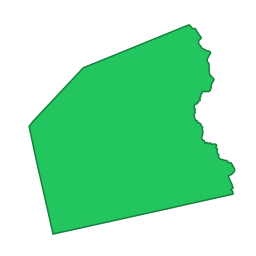 Pailin, Krong Pailin, Cambodia, rotated 168°
{"feature_id": "14789045B44552774517246", "entity_name": "Pailin", "entity_type": "district", "adm_level": 2, "iso_a3": "KHM", "parent_name": "Cambodia", "parent_adm1": "Krong Pailin", "projection": "albers", "projection_center": [102.523, 12.778], "detail": "fine", "context": "isolated", "style": "filled", "palette": "green", "viewbox_px": 256, "rotation_deg": 168, "n_neighbors": 0, "source": "geoboundaries", "source_scale": "gbopen_adm2", "svg_char_len": 3713}
<svg xmlns="http://www.w3.org/2000/svg" viewBox="0 0 256 256"><g transform="rotate(168 128 128)"><path d="M223.4,39.8L219.3,39.9L98.0,40.9L83.3,41.1L39.0,41.5L38.7,43.1L38.7,44.4L39.7,45.2L40.2,45.8L40.2,46.4L39.7,46.8L38.8,46.8L38.3,47.0L37.7,47.5L37.7,48.2L38.0,49.2L38.0,49.7L37.9,50.5L38.1,51.3L38.2,51.9L38.3,52.9L38.7,54.0L39.1,55.8L39.3,56.7L39.5,57.4L39.5,58.0L39.7,58.8L39.8,59.5L39.7,60.4L38.9,60.6L38.4,60.6L37.5,60.8L36.7,61.0L36.0,61.5L35.0,61.8L34.4,62.3L33.7,62.8L33.2,63.4L32.7,64.0L32.3,64.9L32.3,65.8L32.5,66.6L32.7,67.1L33.0,67.8L33.2,68.7L33.3,69.3L33.6,70.1L33.8,70.6L33.9,71.1L34.2,71.7L34.3,72.2L34.7,72.7L35.6,72.9L36.2,73.0L37.1,73.5L37.2,74.1L37.5,74.9L37.9,75.1L38.4,75.6L38.7,76.0L39.2,76.1L39.8,76.2L40.2,76.2L40.6,76.3L41.1,76.7L41.4,77.1L41.8,77.3L42.3,77.5L42.9,77.7L43.5,78.2L43.9,78.3L44.5,78.7L44.8,79.0L45.0,79.5L45.2,79.9L45.4,80.7L45.5,81.1L45.2,81.9L44.9,82.2L44.8,82.9L45.3,83.9L45.8,84.9L46.0,85.6L45.9,86.1L45.7,86.9L45.4,87.6L45.1,88.4L45.1,89.1L45.6,89.8L45.9,90.5L46.0,90.9L45.8,91.3L45.3,91.9L44.9,92.5L45.0,93.1L45.5,93.8L46.1,94.1L46.5,94.1L47.0,94.1L47.8,94.7L48.2,94.7L48.8,94.6L49.8,94.6L50.1,95.0L50.1,95.5L50.5,96.2L50.8,96.4L51.3,96.4L51.7,96.3L52.6,96.0L53.4,96.5L53.6,96.9L54.0,97.5L54.4,97.5L55.3,97.1L55.9,97.1L56.0,97.6L55.9,98.2L55.9,98.9L56.1,99.6L56.4,100.0L57.1,100.5L57.5,100.8L57.9,101.3L58.0,102.1L58.1,102.6L57.9,103.3L57.6,104.1L57.2,104.7L57.0,105.1L56.5,105.6L56.3,106.1L56.2,106.6L56.2,107.1L55.8,107.7L55.6,108.1L55.5,108.7L55.5,109.4L55.6,109.9L55.7,110.4L55.6,110.9L55.5,111.3L55.4,111.9L55.1,112.4L55.0,112.8L55.0,113.2L55.0,113.8L55.3,114.2L56.1,115.1L56.1,115.7L55.9,116.2L56.0,116.6L56.1,117.0L56.5,117.5L57.2,118.2L57.9,118.4L58.6,118.6L58.7,119.3L58.6,119.7L58.6,120.2L59.0,120.6L59.4,120.9L59.9,121.0L60.3,121.1L60.2,122.3L60.5,123.0L60.8,123.4L60.9,124.0L60.7,124.6L60.6,125.1L60.6,125.7L60.5,126.2L60.5,126.8L60.6,127.3L60.6,127.8L60.3,128.1L59.9,128.3L59.1,128.8L59.1,129.7L59.2,130.7L58.8,131.1L58.5,131.8L58.4,132.4L58.4,132.8L58.7,133.2L59.4,133.7L59.4,134.1L59.1,134.5L58.8,134.9L58.7,135.4L58.3,136.2L57.9,136.6L57.6,136.9L57.2,137.2L56.7,137.4L55.8,137.2L55.4,137.6L55.4,138.0L54.7,138.3L54.0,138.4L53.7,139.1L53.3,139.6L52.9,139.8L51.9,139.9L51.4,141.1L51.4,141.6L51.6,142.0L51.5,142.8L51.1,143.1L50.6,143.3L50.4,143.6L50.2,144.1L50.1,144.8L49.8,145.4L49.4,146.0L49.0,146.3L48.4,146.8L48.2,147.1L47.8,147.6L47.0,148.3L46.5,148.2L45.6,147.6L44.8,147.5L44.4,147.6L43.8,147.5L43.4,147.3L42.7,147.0L42.0,146.8L41.1,147.1L40.4,147.4L40.0,147.6L39.5,147.9L39.3,148.6L39.0,149.2L38.5,149.8L38.2,150.4L38.0,151.3L37.8,152.4L37.3,153.3L37.0,153.8L36.3,154.6L35.7,155.1L35.2,155.6L34.5,156.5L34.1,157.0L33.7,157.7L34.2,158.9L34.9,159.9L35.7,161.1L36.0,162.1L36.7,162.8L37.0,163.6L36.9,164.4L36.8,165.7L36.7,167.0L36.6,167.9L36.3,169.0L36.1,170.8L35.9,172.0L35.5,172.8L35.5,174.3L36.0,175.4L36.5,176.4L36.6,177.3L36.4,177.9L36.1,178.7L35.7,179.3L35.2,180.1L34.8,180.5L34.4,181.3L34.0,181.7L33.4,182.3L33.0,182.6L32.6,183.0L32.2,183.5L31.9,183.9L31.6,184.2L31.7,185.0L31.9,185.5L32.2,185.9L32.9,186.4L33.8,186.8L34.4,187.0L35.3,187.4L36.3,188.5L36.9,189.0L37.5,189.4L38.1,189.9L39.0,190.7L39.5,191.7L39.9,193.1L41.1,194.8L41.2,195.5L41.2,196.2L41.2,196.7L40.9,197.7L40.5,198.8L39.9,199.3L39.3,199.7L38.3,200.1L37.9,200.5L37.6,201.0L38.0,202.2L38.4,203.2L39.0,204.2L39.3,204.9L39.7,206.3L40.2,207.5L40.6,208.6L41.0,209.7L41.3,210.5L41.5,211.1L42.4,211.5L43.3,211.6L44.4,212.2L44.8,212.9L45.4,214.0L45.6,214.8L45.9,215.2L46.3,215.8L47.4,216.2L82.0,210.0L124.9,202.3L159.2,196.2L173.7,186.1L208.0,162.3L216.8,156.2L219.1,154.6L224.4,150.1L224.4,116.3L223.6,60.8L223.4,39.8Z" fill="#22c55e" stroke="#15803d" stroke-width="1.5"/></g></svg>